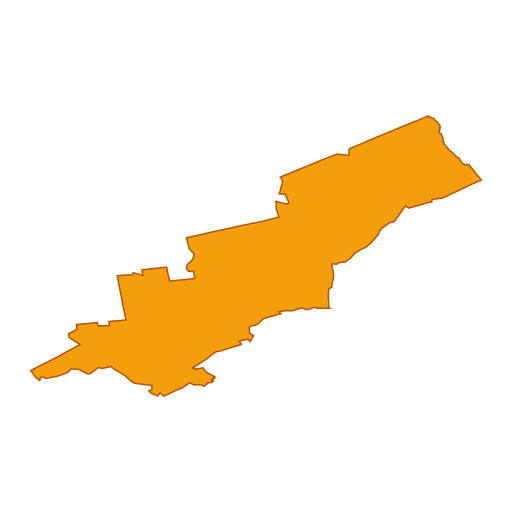 Leimaņu pag., Jekabpils, Latvia
{"feature_id": "27541924B9576970308212", "entity_name": "Leimaņu pag.", "entity_type": "district", "adm_level": 2, "iso_a3": "LVA", "parent_name": "Latvia", "parent_adm1": "Jekabpils", "projection": "natural_earth1", "projection_center": [25.895, 56.3], "detail": "fine", "context": "isolated", "style": "filled", "palette": "amber", "viewbox_px": 512, "rotation_deg": 0, "n_neighbors": 0, "source": "geoboundaries", "source_scale": "gbopen_adm2", "svg_char_len": 5754}
<svg xmlns="http://www.w3.org/2000/svg" viewBox="0 0 512 512"><path d="M481.3,180.2L476.9,174.5L476.2,173.7L473.8,170.9L469.2,164.8L469.0,164.7L467.4,164.8L466.8,164.6L466.6,164.4L466.5,164.2L465.3,164.8L462.3,163.4L458.8,157.9L456.4,156.7L453.7,153.7L451.5,151.9L449.1,150.1L448.4,149.1L448.4,148.9L446.2,146.6L445.4,145.5L444.5,144.3L444.0,143.2L443.5,142.4L443.3,142.0L442.8,141.7L443.5,141.4L443.3,140.9L443.1,140.5L442.9,140.0L443.1,139.1L443.1,138.5L441.6,135.2L441.5,134.0L439.4,132.8L438.9,132.3L439.5,131.1L440.0,128.9L439.8,127.9L440.2,127.3L440.2,126.4L439.3,125.1L439.2,124.3L438.5,124.2L438.1,123.1L436.7,121.6L435.9,121.2L433.8,118.5L430.8,117.8L430.0,117.0L428.8,116.7L428.4,115.9L415.6,121.3L415.0,121.5L414.5,121.5L408.4,124.1L404.4,125.7L399.5,127.8L366.9,141.2L367.1,141.4L366.6,141.5L365.9,141.9L350.3,148.4L349.8,148.6L349.5,148.9L349.2,149.3L349.1,149.7L349.0,154.0L349.0,154.6L349.1,155.2L348.6,155.4L337.8,154.2L337.4,154.2L336.5,154.2L336.0,154.4L335.1,154.7L324.1,159.2L323.8,159.3L323.4,159.3L307.2,166.0L297.3,170.1L280.2,177.2L281.1,178.2L282.7,180.9L282.9,181.2L282.6,182.1L282.2,183.4L280.5,189.5L279.3,193.9L285.5,194.3L285.6,195.3L287.2,198.5L288.9,203.1L287.0,204.2L276.0,201.4L276.1,203.8L276.1,205.8L276.2,208.6L278.9,217.0L272.0,218.9L271.2,219.0L270.9,219.2L269.8,219.4L269.3,219.4L268.9,219.4L268.4,219.5L267.5,220.0L266.2,220.6L262.8,221.2L261.7,221.7L260.5,221.8L257.2,222.3L255.2,222.8L253.8,223.0L252.0,223.4L248.8,224.1L248.1,224.2L242.2,225.4L234.9,226.9L229.1,228.4L227.7,228.5L225.9,229.0L219.9,230.3L218.2,230.6L205.9,233.4L200.2,234.8L192.8,236.4L189.2,237.2L186.5,237.9L187.2,240.7L187.6,242.4L189.2,248.5L191.1,250.9L193.2,253.0L194.3,253.9L193.5,256.1L193.3,258.3L190.9,261.5L187.3,264.4L186.4,268.4L188.4,271.3L193.4,271.5L194.9,278.6L182.4,279.8L180.1,280.0L169.8,281.1L169.7,280.9L169.5,280.6L169.0,277.7L168.9,277.4L168.7,276.9L168.0,274.0L167.4,270.7L166.7,267.1L154.3,268.5L141.9,269.9L143.0,275.3L133.3,272.8L131.8,275.1L128.9,274.8L117.3,275.7L118.0,279.4L118.9,284.5L121.2,296.2L121.7,298.2L122.8,304.6L123.8,309.5L125.4,317.5L125.9,320.0L108.9,321.5L109.6,325.7L102.6,325.7L100.0,325.8L97.8,325.7L97.4,322.6L92.4,323.1L76.7,324.5L76.9,329.3L68.6,333.8L69.3,337.6L69.6,337.8L80.0,344.5L78.5,345.5L74.2,347.8L66.8,351.7L60.9,354.9L61.0,355.1L50.3,360.6L50.2,360.6L44.2,363.6L43.7,363.8L42.9,364.2L40.5,365.4L40.4,365.4L38.0,366.8L30.7,370.6L30.8,370.7L31.0,370.8L33.6,374.4L36.1,377.7L39.7,380.5L40.5,377.5L42.9,376.7L43.1,376.8L45.7,378.4L45.8,378.4L56.9,376.4L64.0,373.9L67.8,372.4L71.0,369.0L71.3,368.9L73.4,369.0L74.6,369.1L74.8,369.1L78.4,369.3L78.7,369.3L80.1,370.1L80.4,370.2L84.8,372.5L86.7,373.6L86.8,373.6L88.7,373.8L89.0,373.8L90.0,373.8L93.7,371.0L98.5,367.6L99.1,367.7L102.6,368.4L102.9,368.3L110.6,366.6L110.9,366.5L111.1,366.6L112.6,367.9L113.3,368.4L113.4,368.5L115.4,370.0L116.6,370.5L122.2,373.9L125.7,376.3L128.4,378.8L131.1,381.0L134.2,383.1L144.7,384.6L151.6,385.4L151.8,385.4L151.8,385.6L151.9,389.6L151.5,389.7L148.8,391.1L151.2,393.2L157.0,395.7L158.1,395.9L158.2,395.6L158.4,395.1L158.8,394.5L159.1,393.9L160.0,392.8L163.9,396.1L164.2,396.0L164.5,395.9L169.0,393.7L172.6,392.0L175.7,390.5L175.6,390.4L178.0,389.4L180.7,388.9L181.4,387.9L182.1,387.9L182.4,387.7L186.1,385.3L187.4,384.1L189.3,383.1L189.9,383.0L191.0,383.3L193.9,385.0L197.8,384.8L200.8,384.9L202.4,385.3L204.0,386.2L206.1,384.7L206.6,384.4L206.8,384.3L206.9,384.1L206.8,383.7L207.0,383.4L207.6,383.3L207.9,383.0L208.7,382.9L209.1,382.7L209.5,382.5L210.8,382.8L212.0,382.4L212.1,382.2L212.0,381.9L212.1,381.6L212.3,381.4L213.2,381.2L213.4,381.1L213.5,380.9L213.3,380.7L213.0,380.6L212.5,380.7L212.3,380.7L212.2,380.6L211.9,380.4L211.6,380.1L211.8,379.9L211.8,379.6L212.1,379.4L213.2,379.2L213.4,379.1L213.5,379.0L213.5,378.7L213.2,377.9L213.1,377.6L213.1,377.4L213.3,377.3L213.5,377.2L213.9,377.4L213.9,377.5L214.0,377.7L214.4,377.8L214.7,377.9L214.8,377.9L215.0,377.9L215.0,377.7L214.9,377.1L215.0,376.9L214.9,376.7L211.5,375.1L205.9,371.8L202.9,367.8L198.4,368.7L195.9,369.3L194.4,368.3L194.2,368.3L193.1,368.2L192.7,368.1L192.9,367.7L194.1,366.9L196.3,365.5L196.6,365.3L199.4,363.6L205.9,359.4L206.9,358.7L214.8,352.5L215.5,352.0L221.0,350.8L226.9,348.9L241.8,344.3L241.7,344.3L240.2,342.5L239.2,341.4L240.0,340.9L247.1,339.4L248.0,339.2L250.2,341.6L253.4,335.8L249.8,333.1L249.5,330.9L249.1,327.6L249.3,327.4L251.0,325.9L251.1,326.0L254.1,325.3L255.5,325.2L259.1,323.1L259.6,322.4L262.7,319.2L262.8,319.2L265.2,318.2L265.8,317.9L271.8,316.2L280.7,313.7L280.8,313.7L280.7,313.6L278.8,311.6L280.6,311.3L287.2,310.6L288.6,310.7L291.5,310.9L292.2,310.8L301.3,307.9L301.5,307.9L307.0,309.7L307.3,309.8L307.8,309.7L313.4,307.5L315.1,307.6L315.5,307.7L317.6,308.3L318.3,308.4L320.9,308.2L323.8,308.1L325.2,308.2L326.8,308.4L328.3,308.3L329.7,308.3L328.6,307.5L328.7,307.4L328.6,299.6L328.3,296.7L328.7,289.5L328.8,289.0L331.9,287.1L331.8,286.5L331.8,284.7L332.5,281.4L333.4,279.1L333.6,275.2L333.5,273.5L333.1,270.6L332.3,268.3L332.0,267.7L332.0,263.7L336.0,264.2L336.9,264.2L337.0,264.1L338.5,262.8L338.8,262.6L344.1,262.0L344.5,262.1L344.9,262.1L345.3,262.1L345.6,261.9L345.7,261.7L345.8,261.6L345.9,261.4L347.7,260.1L350.0,258.7L352.5,255.8L354.8,253.2L357.6,251.7L360.5,249.6L362.8,248.6L364.7,247.8L366.8,246.5L367.2,246.2L371.5,242.4L372.7,240.9L373.8,239.7L376.3,236.7L378.7,233.9L378.9,232.1L381.0,229.2L381.3,228.8L389.3,222.8L390.7,222.5L394.3,221.6L403.6,208.4L405.3,206.0L408.8,208.1L417.5,205.6L418.4,205.5L422.7,204.2L426.8,202.9L427.1,202.8L431.1,202.0L431.7,202.1L432.2,199.3L438.7,198.6L439.0,198.3L439.3,198.4L442.0,198.2L442.7,198.0L443.0,197.9L455.8,191.8L463.7,188.1L466.1,186.9L471.3,184.4L474.1,183.2L474.9,182.9L481.3,180.2Z" fill="#f59e0b" stroke="#b45309" stroke-width="1.5"/></svg>